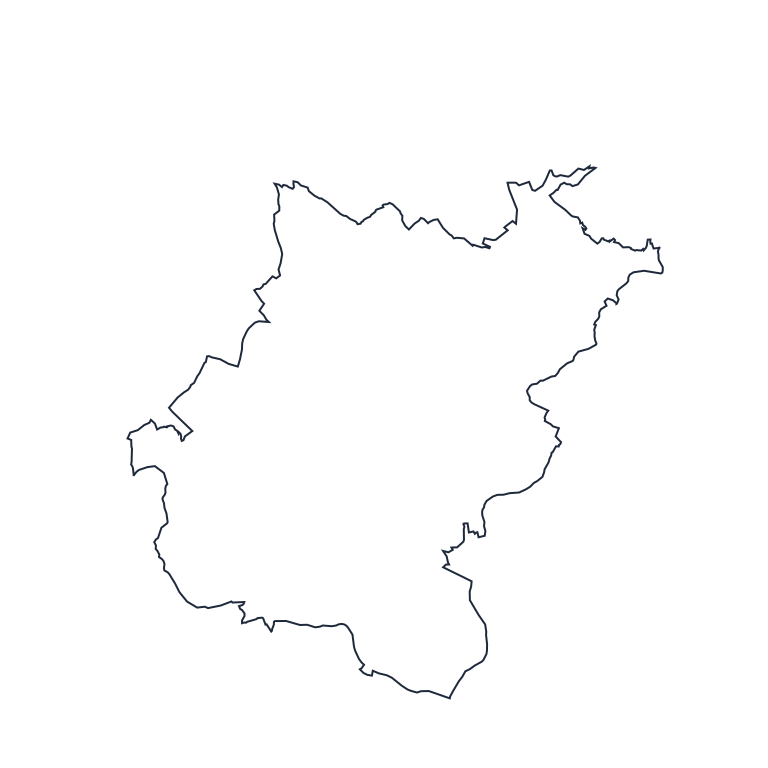 Sanmartin, Cluj, Romania, rotated 21°
{"feature_id": "2599482B60326025316894", "entity_name": "Sanmartin", "entity_type": "district", "adm_level": 2, "iso_a3": "ROU", "parent_name": "Romania", "parent_adm1": "Cluj", "projection": "equal_earth", "projection_center": [24.069, 47.018], "detail": "fine", "context": "isolated", "style": "outline", "palette": "slate", "viewbox_px": 768, "rotation_deg": 21, "n_neighbors": 0, "source": "geoboundaries", "source_scale": "gbopen_adm2", "svg_char_len": 6165}
<svg xmlns="http://www.w3.org/2000/svg" viewBox="0 0 768 768"><g transform="rotate(21 384 384)"><path d="M564.5,406.0L565.7,398.3L565.3,393.9L565.7,391.2L565.1,388.0L565.9,387.3L566.9,380.6L569.5,379.7L569.2,378.2L570.1,377.0L570.2,374.9L563.1,371.5L563.1,362.6L556.8,363.0L554.2,361.8L547.4,360.9L547.3,359.5L545.9,357.7L546.1,352.9L546.9,350.0L531.2,349.0L528.0,348.3L525.8,346.9L524.8,344.1L521.3,341.1L520.0,339.1L520.1,338.2L521.1,333.6L522.5,331.3L526.7,328.9L528.9,324.7L531.0,324.1L537.6,317.1L541.0,315.1L542.4,311.2L542.9,307.2L547.6,299.0L551.9,294.9L552.2,293.4L551.7,290.4L553.9,284.1L562.3,277.9L568.0,271.1L567.7,269.9L565.6,267.7L563.4,264.0L562.4,260.8L560.8,258.0L560.7,253.1L558.9,253.1L559.0,250.2L560.6,246.4L560.8,243.9L559.2,239.9L559.7,236.5L563.7,231.2L560.4,227.9L562.3,224.0L567.9,223.8L572.0,225.3L572.3,226.0L572.7,225.5L572.7,221.0L569.4,217.7L568.6,213.7L569.3,211.4L574.2,203.2L575.1,200.4L574.0,197.1L574.2,193.9L576.9,190.3L586.2,185.1L602.9,181.6L603.9,180.3L603.5,177.9L602.3,174.9L596.4,170.1L595.4,168.6L593.9,164.8L592.2,162.1L592.1,159.2L592.7,157.4L591.5,158.6L587.1,160.9L583.7,156.8L582.6,157.5L581.6,155.8L581.0,153.6L578.5,154.7L579.8,161.1L579.7,163.3L578.5,166.3L577.5,165.1L576.2,167.3L571.6,168.5L570.7,169.5L566.3,169.4L565.8,168.6L563.5,168.5L558.2,170.8L552.7,168.4L547.9,169.0L548.1,166.8L546.2,166.0L543.6,170.2L543.1,169.3L542.0,170.5L537.4,170.4L536.5,169.4L535.1,170.0L534.4,174.0L532.9,176.5L525.3,174.1L522.7,172.1L517.4,171.9L513.6,167.4L516.8,167.9L517.2,166.4L515.5,165.1L512.8,164.3L511.2,162.3L509.7,163.7L508.4,161.3L505.3,159.0L500.4,159.9L498.5,159.7L491.0,156.5L477.9,152.9L471.1,148.6L473.8,144.7L475.5,140.8L476.6,140.6L477.4,134.6L480.1,131.5L483.0,132.0L486.2,130.9L489.1,131.7L493.5,128.2L497.0,117.6L504.0,106.5L502.3,106.7L498.1,109.2L497.8,107.1L494.0,112.5L488.3,113.2L483.4,122.5L481.7,124.4L473.8,125.8L471.1,128.3L469.3,128.8L467.3,128.4L463.9,124.6L462.3,125.3L461.9,135.3L461.0,142.0L455.8,149.5L452.9,149.7L447.0,143.3L438.8,150.2L435.6,148.9L434.4,149.0L427.2,151.8L431.2,157.7L445.7,173.5L449.8,187.1L445.6,185.8L441.1,193.1L440.3,194.8L444.4,196.2L436.7,209.2L434.5,210.5L425.6,211.9L425.9,217.4L433.8,218.0L433.8,219.5L429.4,219.8L426.4,221.5L417.3,222.0L417.2,223.2L406.6,219.4L399.8,221.3L397.0,223.0L393.8,221.1L391.8,220.9L383.1,217.1L375.1,211.0L371.6,213.0L368.3,216.5L367.5,218.1L362.0,215.6L358.9,215.8L358.0,219.1L355.1,223.2L351.9,230.8L347.3,228.9L342.3,224.7L340.9,220.4L338.2,218.6L337.1,217.1L327.8,213.2L324.3,212.9L322.8,214.7L319.3,216.7L318.7,217.8L320.0,219.2L314.5,223.9L314.0,224.9L314.2,226.3L311.4,230.8L311.0,233.0L308.8,234.8L306.2,238.2L306.0,239.7L304.9,240.8L304.6,242.8L302.0,244.3L300.8,243.1L299.1,242.4L293.3,242.1L288.5,240.7L286.2,241.3L282.5,240.9L266.0,234.6L258.9,233.2L257.3,233.9L251.6,233.1L244.8,230.9L242.3,228.0L235.2,228.4L231.2,226.6L226.9,227.2L227.7,229.6L229.4,232.3L228.8,234.5L224.4,234.4L222.2,233.7L218.7,234.2L218.2,236.7L214.5,235.5L210.1,236.2L213.6,238.9L218.0,244.7L219.1,249.7L221.0,253.9L222.6,255.6L224.1,259.7L220.7,265.2L223.3,271.1L223.6,273.9L226.8,279.3L234.2,288.9L239.0,294.1L242.4,299.2L244.2,308.3L244.5,314.9L248.1,319.9L245.5,324.0L241.3,323.5L237.7,332.9L235.8,334.2L235.7,336.4L234.1,339.6L230.9,341.0L229.3,343.0L239.9,350.4L243.3,352.0L241.4,360.3L247.3,363.0L251.1,366.1L254.3,367.4L244.9,370.2L242.8,371.8L241.4,373.1L237.8,380.5L237.0,384.4L236.4,392.7L237.1,397.0L239.1,403.0L240.7,412.6L241.3,420.1L231.9,420.9L222.2,419.6L213.9,420.8L210.6,420.7L208.9,421.6L209.8,427.4L208.8,428.6L207.9,440.0L206.9,443.7L206.3,451.0L204.0,454.4L204.2,456.1L203.2,459.5L200.1,463.7L196.2,470.5L191.8,483.2L196.4,485.8L221.9,496.6L216.9,504.3L216.9,508.3L215.6,509.6L214.0,507.7L213.4,505.5L211.9,503.4L209.7,502.5L209.9,503.9L207.6,501.8L205.2,501.3L202.8,499.0L199.9,499.1L196.7,501.3L197.1,501.7L196.8,502.3L193.8,502.7L193.2,503.6L191.1,504.6L188.5,507.8L184.3,503.0L179.2,501.0L178.9,504.2L174.9,508.2L170.7,515.3L164.5,520.3L164.1,526.8L168.0,526.8L170.6,532.9L171.8,534.5L176.3,547.2L176.8,549.8L178.6,551.1L180.0,552.9L182.9,558.6L182.9,559.6L184.5,554.5L186.1,552.0L192.9,546.4L199.5,542.8L210.4,545.9L217.6,555.1L216.9,557.2L217.2,559.8L219.0,563.9L219.0,565.9L218.1,569.2L218.4,570.8L221.5,574.4L223.3,578.1L227.3,582.8L231.5,590.4L231.4,591.8L227.7,598.0L228.2,608.7L226.7,611.1L226.2,614.0L228.9,616.4L230.0,619.8L232.3,621.0L235.4,623.8L235.9,626.1L239.7,627.1L241.7,628.4L243.6,630.8L244.6,634.9L245.8,636.8L249.5,637.3L251.7,638.4L260.4,645.1L267.7,651.7L278.1,657.7L289.7,659.7L296.6,656.1L300.0,656.3L311.0,649.3L319.5,641.7L320.9,642.3L331.7,637.6L331.8,639.3L331.1,641.1L328.2,643.3L330.4,645.6L332.5,645.9L336.1,648.3L336.9,650.7L336.2,655.6L337.2,658.2L339.1,656.7L340.8,656.3L341.3,655.2L349.2,649.2L349.8,647.9L354.0,645.8L355.2,646.1L359.6,651.1L360.5,650.4L367.4,655.5L367.8,654.6L367.4,652.7L367.4,648.1L366.5,645.5L367.1,644.4L377.7,640.3L391.9,639.1L398.6,636.3L407.0,635.8L411.0,633.6L413.4,631.4L422.2,628.8L425.9,626.6L427.8,624.6L430.3,623.2L432.9,622.7L435.4,623.1L437.7,624.3L444.4,629.3L450.2,640.1L452.6,643.3L459.0,649.5L462.4,651.8L466.0,653.3L464.9,657.5L463.7,659.0L468.4,661.1L472.7,661.5L477.2,660.6L476.3,655.7L482.8,656.0L491.1,654.9L496.6,655.4L508.7,659.3L515.6,660.8L519.2,660.8L525.4,660.2L528.5,657.6L535.8,654.6L558.1,653.9L557.7,651.9L558.5,646.0L560.4,634.7L562.0,629.4L562.9,623.1L566.5,619.2L569.5,614.5L574.9,608.0L575.7,606.1L576.4,599.5L575.8,596.4L573.5,590.0L569.2,581.7L568.3,578.7L564.6,572.2L554.8,565.5L541.7,555.1L538.4,547.2L537.9,541.7L536.5,536.8L504.9,533.9L506.6,530.3L509.4,529.2L507.5,527.4L504.3,522.5L499.0,518.7L504.5,518.0L507.6,514.2L505.6,512.5L510.8,510.3L514.6,502.8L514.5,500.8L510.5,490.9L510.2,488.4L508.3,486.3L508.7,485.5L512.0,484.2L516.5,492.2L520.3,489.6L522.5,491.3L523.1,489.8L524.3,488.9L527.2,493.2L532.4,489.6L531.4,485.0L528.4,481.0L527.2,476.8L522.9,471.5L521.5,468.4L521.0,466.0L521.6,463.4L521.0,460.7L521.7,456.4L525.9,450.1L529.5,446.9L535.3,444.5L540.4,440.9L549.0,436.9L554.3,431.4L557.2,427.6L559.4,422.6L561.7,419.9L565.2,413.9L565.1,409.0L564.5,406.0Z" fill="none" stroke="#1e293b" stroke-width="2"/></g></svg>